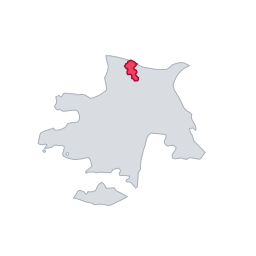 Shabran District, Dəvəçi, Azerbaijan shown in context, rotated 318°
{"feature_id": "54616110B33183266084070", "entity_name": "Shabran District", "entity_type": "district", "adm_level": 2, "iso_a3": "AZE", "parent_name": "Azerbaijan", "parent_adm1": "Dəvəçi", "projection": "albers", "projection_center": [48.887, 41.122], "detail": "fine", "context": "in_parent", "style": "filled", "palette": "rose", "viewbox_px": 256, "rotation_deg": 318, "n_neighbors": 0, "source": "geoboundaries", "source_scale": "gbopen_adm2", "svg_char_len": 4586}
<svg xmlns="http://www.w3.org/2000/svg" viewBox="0 0 256 256"><g transform="rotate(318 128 128)"><path d="M168.9,197.9L167.9,197.9L161.4,199.4L160.1,198.9L154.5,191.8L153.4,191.0L151.0,190.7L149.6,189.5L148.4,187.6L147.8,186.1L142.1,182.2L141.2,180.8L141.1,179.6L142.0,178.5L143.0,177.5L145.8,176.6L149.1,175.8L150.1,175.2L150.6,174.2L150.6,172.6L150.1,170.9L145.4,168.0L144.9,166.7L144.8,165.1L145.1,163.5L145.8,162.2L149.6,160.5L151.7,158.8L150.4,156.8L146.4,152.2L141.6,147.1L138.3,147.0L134.6,148.5L128.5,152.7L125.2,154.4L120.8,157.4L116.1,160.7L112.1,164.2L109.6,167.1L105.3,168.3L103.1,170.7L95.7,177.9L93.6,177.8L93.6,174.1L93.8,171.2L93.4,169.5L91.1,167.1L91.1,166.1L91.8,165.5L93.5,165.9L95.8,165.9L97.0,165.0L94.6,161.9L92.5,159.8L90.7,158.4L90.3,157.5L90.3,157.0L90.7,156.3L93.9,154.7L94.2,153.2L94.1,151.5L89.2,148.8L85.4,149.6L82.1,146.7L80.0,144.4L77.4,141.9L75.1,140.6L72.9,137.5L69.0,134.3L66.5,133.4L66.6,132.9L67.0,132.4L68.1,132.0L75.2,132.3L76.1,131.8L76.6,130.5L77.6,128.6L78.8,125.8L78.8,123.4L71.9,119.3L66.9,115.5L63.5,110.7L61.2,106.3L61.4,104.9L62.1,103.6L67.8,99.8L68.2,98.8L68.1,98.1L66.2,96.0L63.8,93.8L63.1,92.3L61.6,91.4L58.7,91.3L53.7,88.5L52.6,88.2L52.4,87.7L52.7,87.2L56.4,86.3L56.3,85.4L55.3,84.3L53.3,83.3L51.5,81.2L50.9,79.4L57.7,74.3L59.7,73.3L63.9,74.4L72.7,78.3L72.1,80.3L72.9,81.4L74.9,83.0L78.8,84.7L82.1,85.6L83.8,85.0L86.4,84.5L89.7,86.3L92.7,88.7L94.2,89.6L95.1,89.9L97.4,89.2L100.3,86.4L101.5,83.0L101.9,81.3L100.3,79.0L97.0,76.4L93.3,74.0L90.9,72.0L89.5,68.1L88.0,67.7L87.6,67.2L87.4,65.9L87.5,64.0L88.1,62.6L89.6,62.1L91.1,61.9L92.6,60.6L94.4,58.0L95.1,56.6L98.4,57.5L98.8,59.9L99.3,60.4L100.7,60.1L103.0,59.2L104.7,60.0L107.0,62.9L110.1,65.9L111.8,67.9L112.4,69.3L114.0,70.7L116.4,72.3L118.2,74.8L119.8,80.6L121.5,81.9L127.7,84.2L129.9,84.7L135.9,85.5L138.1,85.0L141.3,80.1L144.1,75.1L146.8,74.0L151.5,71.6L154.4,69.3L155.6,66.8L158.3,62.1L159.9,59.5L162.7,61.9L167.5,68.2L174.4,78.6L176.1,81.6L177.3,85.0L178.2,89.1L179.8,92.7L187.0,101.9L190.0,105.3L195.1,109.6L196.9,110.6L199.2,110.8L203.5,110.8L207.5,112.5L209.4,113.6L211.5,115.3L213.3,117.3L215.3,122.7L208.3,121.0L201.4,121.4L197.5,122.6L193.7,124.2L190.0,126.5L187.8,130.8L185.9,140.9L183.1,150.3L183.2,154.6L184.5,158.8L184.4,160.8L183.1,161.6L181.5,163.4L179.3,172.1L178.2,173.8L176.8,174.9L176.4,173.8L176.5,171.6L173.4,169.6L171.8,171.8L170.7,176.6L168.4,181.6L168.3,182.5L168.9,197.9ZM66.6,107.4L67.0,106.1L66.2,105.5L65.2,105.4L64.4,106.0L64.4,107.7L65.4,108.1L66.6,107.4ZM42.2,145.7L41.2,144.2L40.7,143.4L43.9,142.9L49.1,141.3L50.4,142.3L51.9,144.2L52.5,145.9L52.5,148.9L53.1,149.4L55.7,148.5L56.7,149.7L58.6,151.3L61.9,152.8L66.8,150.8L69.2,150.3L71.2,150.4L72.2,151.2L72.5,153.5L72.1,156.4L71.4,157.9L72.4,159.1L76.3,162.0L77.9,163.6L77.0,166.2L79.7,172.9L80.6,175.4L81.7,178.6L75.7,177.2L64.8,174.1L61.8,172.7L59.1,168.9L57.5,167.1L55.1,164.7L53.1,163.8L51.6,162.2L50.8,159.8L49.6,157.7L47.5,155.1L42.8,146.5L42.2,145.7ZM51.1,90.1L50.4,90.5L49.4,90.0L49.2,89.0L49.3,87.9L50.3,87.7L51.1,88.0L51.3,89.0L51.1,90.1Z" fill="#d9dde1" stroke="#a8b0b8" stroke-width="1"/><path d="M166.8,79.7L166.8,79.9L166.7,80.4L166.7,81.2L166.6,81.9L166.6,82.4L166.6,82.9L166.8,83.2L167.2,83.3L167.3,83.5L167.2,83.8L167.0,84.3L166.7,84.5L166.6,84.9L166.3,85.2L165.8,85.2L165.4,85.3L165.1,85.5L164.8,85.8L164.6,86.0L164.4,86.3L164.1,86.8L163.8,87.2L163.7,87.6L163.7,88.1L163.9,88.3L164.2,88.6L164.7,89.0L165.1,89.3L165.4,89.5L165.6,89.8L165.9,90.1L166.1,90.5L166.1,91.2L165.9,91.7L165.5,92.1L165.1,92.4L164.7,92.6L164.4,93.2L164.1,93.8L164.3,94.2L164.7,94.6L164.7,95.0L164.6,96.2L164.5,97.0L164.6,97.4L164.6,97.6L165.1,97.9L165.4,98.2L165.9,98.5L166.2,98.7L166.5,99.1L166.9,99.2L167.4,99.1L167.5,99.1L167.9,99.0L168.2,98.7L168.4,98.6L168.7,98.2L169.0,98.0L169.3,97.7L169.3,96.9L169.3,96.4L169.1,95.9L169.1,95.4L169.1,94.6L169.1,94.1L169.2,93.8L169.4,93.5L169.6,93.2L170.0,92.9L170.4,92.9L170.9,92.7L171.3,92.7L171.8,92.5L172.0,92.2L172.2,91.9L172.4,91.6L172.6,91.1L172.6,90.8L172.6,90.5L172.6,90.1L172.4,89.7L172.2,89.4L172.0,89.0L171.8,88.6L172.0,88.2L172.1,87.6L172.4,87.1L172.8,87.0L173.5,87.0L174.2,87.0L174.6,86.8L175.0,86.9L175.5,87.0L176.0,86.8L176.4,86.3L177.0,86.3L177.4,86.5L177.5,86.5L177.4,86.2L177.2,85.4L177.2,84.7L177.1,84.2L177.0,83.3L176.8,82.6L176.3,81.5L176.0,80.8L175.8,80.2L175.4,79.6L175.3,79.4L174.6,79.4L174.2,79.2L173.7,79.0L173.2,78.7L172.9,78.6L172.5,78.6L172.0,78.7L171.7,79.0L171.2,79.3L170.9,79.4L170.7,79.4L170.3,79.3L170.0,79.1L169.7,78.9L169.2,78.9L168.7,79.1L168.2,79.5L167.4,79.6L166.8,79.7Z" fill="#f43f5e" stroke="#9f1239" stroke-width="1.5"/></g></svg>